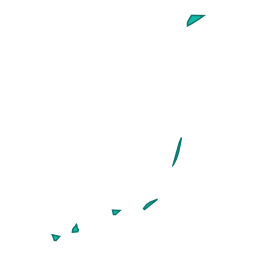 the Atoll of Laamu
{"feature_id": "MDV-5239", "entity_name": "Laamu", "entity_type": "Atoll", "adm_level": 1, "iso_a3": "MDV", "parent_name": "Maldives", "parent_adm1": "", "projection": "mercator", "projection_center": [73.461, 1.946], "detail": "coarse", "context": "isolated", "style": "filled", "palette": "teal", "viewbox_px": 256, "rotation_deg": 0, "n_neighbors": 0, "source": "natural_earth", "source_scale": "10m", "svg_char_len": 699}
<svg xmlns="http://www.w3.org/2000/svg" viewBox="0 0 256 256"><path d="M191.5,15.4L203.7,15.6L203.8,15.6L200.3,18.2L191.6,23.7L187.5,25.8L187.5,23.0L188.4,20.6L191.5,15.4ZM181.5,137.5L178.6,152.0L176.4,158.7L173.4,164.7L173.1,165.0L179.3,142.6L181.5,137.5ZM157.5,199.2L152.5,203.2L144.5,209.5L144.2,209.3L144.0,209.1L143.7,208.8L143.5,208.5L145.1,206.6L146.6,204.6L150.1,202.2L157.5,199.2ZM76.4,224.3L76.5,224.4L77.1,227.5L78.4,230.0L77.7,231.7L72.4,232.2L72.7,229.5L74.0,227.6L75.5,226.2L76.4,224.3ZM52.2,234.8L52.3,234.8L59.6,236.5L55.9,240.6L54.4,240.4L53.5,237.8L52.2,234.8ZM112.5,210.2L120.0,210.5L115.3,214.6L113.5,214.5L112.5,210.2Z" fill="#14b8a6" stroke="#0f766e" stroke-width="1.5"/></svg>